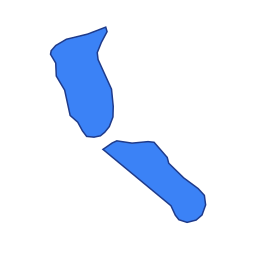 Fananu, Federated States of Micronesia (Equal Earth projection), rotated 80°
{"feature_id": "79324940B62737064958651", "entity_name": "Fananu", "entity_type": "district", "adm_level": 2, "iso_a3": "FSM", "parent_name": "Federated States of Micronesia", "parent_adm1": "", "projection": "equal_earth", "projection_center": [151.912, 8.562], "detail": "fine", "context": "isolated", "style": "filled", "palette": "blue", "viewbox_px": 256, "rotation_deg": 80, "n_neighbors": 0, "source": "geoboundaries", "source_scale": "gbopen_adm2", "svg_char_len": 672}
<svg xmlns="http://www.w3.org/2000/svg" viewBox="0 0 256 256"><g transform="rotate(80 128 128)"><path d="M29.5,131.9L24.8,132.4L28.5,151.5L29.9,173.3L34.2,184.8L38.5,190.2L41.9,191.5L51.5,187.9L64.4,189.6L79.7,183.8L105.6,182.8L113.5,176.5L122.8,173.4L129.1,170.2L131.1,163.1L130.9,156.5L128.1,151.6L123.4,146.2L114.5,140.9L104.2,138.8L86.9,137.5L55.4,145.6L48.4,145.2L39.1,139.4L29.5,131.9ZM144.7,156.4L212.0,99.2L222.2,96.5L227.2,93.8L231.2,86.2L230.5,76.9L226.5,70.2L217.2,64.9L207.6,64.5L199.9,69.4L186.7,81.9L169.8,94.0L163.8,94.5L146.6,104.8L144.9,110.6L143.6,126.6L138.7,141.3L140.0,146.2L144.7,156.4Z" fill="#3b82f6" stroke="#1e3a8a" stroke-width="1.5"/></g></svg>